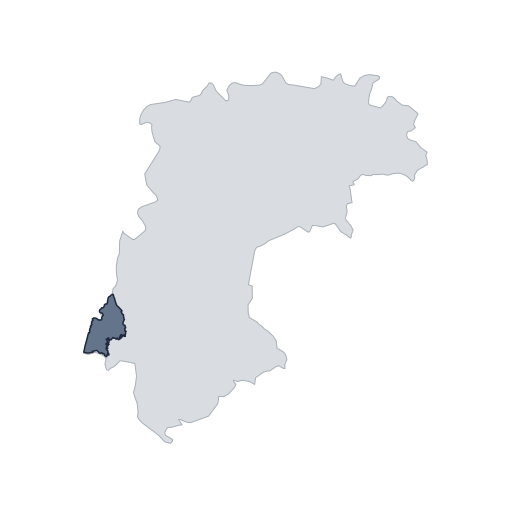 Koundara, Koundara, Guinea (highlighted), rotated 281°
{"feature_id": "49546643B96982587885478", "entity_name": "Koundara", "entity_type": "district", "adm_level": 2, "iso_a3": "GIN", "parent_name": "Guinea", "parent_adm1": "Koundara", "projection": "mercator", "projection_center": [-13.495, 12.338], "detail": "fine", "context": "in_parent", "style": "filled", "palette": "slate", "viewbox_px": 512, "rotation_deg": 281, "n_neighbors": 0, "source": "geoboundaries", "source_scale": "gbopen_adm2", "svg_char_len": 8478}
<svg xmlns="http://www.w3.org/2000/svg" viewBox="0 0 512 512"><g transform="rotate(281 256 256)"><path d="M314.8,337.0L310.7,336.5L308.8,337.3L303.3,343.8L299.9,346.4L294.8,345.5L292.9,346.0L291.5,345.3L293.4,341.7L296.1,334.6L302.9,327.4L303.0,325.9L300.3,321.7L297.3,316.0L297.3,309.9L296.8,305.5L290.7,304.2L289.6,303.5L289.5,302.0L292.9,294.4L293.1,292.8L292.7,291.4L289.0,287.5L283.2,280.3L273.3,265.4L269.6,262.3L266.1,257.8L264.7,254.9L261.0,253.8L226.4,254.0L225.8,257.9L213.8,260.5L206.5,257.5L198.3,259.3L194.3,261.3L191.3,269.9L189.5,271.8L187.8,275.7L186.2,277.8L184.4,282.1L180.5,288.2L176.4,292.1L169.5,294.3L167.3,300.7L165.7,303.0L163.0,304.9L160.2,306.1L154.5,304.9L151.3,306.0L150.8,304.4L152.6,299.4L151.2,296.7L145.7,291.4L145.2,288.9L143.5,285.6L136.4,278.8L129.7,279.2L131.5,273.6L131.4,266.0L129.2,261.9L129.8,257.6L128.5,257.9L126.3,260.8L122.7,259.9L115.4,255.4L111.7,251.0L111.3,247.3L110.5,245.9L108.2,246.6L103.6,246.6L89.7,239.9L79.8,223.3L79.6,219.5L81.0,213.1L80.7,211.3L76.1,215.6L75.2,212.7L71.8,206.0L70.7,202.2L67.4,200.5L64.7,200.2L62.7,201.4L59.9,209.3L57.9,209.2L55.8,207.6L56.2,201.7L61.6,194.4L70.6,175.9L73.8,171.7L75.8,170.2L80.0,170.1L88.3,167.6L98.5,161.8L106.3,162.3L115.4,161.6L127.4,157.6L127.5,145.2L127.1,142.4L122.9,139.9L120.4,137.8L118.3,135.0L115.7,133.1L115.8,131.0L121.1,128.3L126.0,128.4L127.6,127.3L128.8,125.6L130.2,121.1L130.6,116.3L127.4,110.0L127.6,105.5L145.2,106.1L154.8,107.4L162.7,107.7L164.0,108.7L162.9,113.1L163.9,115.7L166.6,116.4L171.0,113.4L173.3,114.0L178.2,117.8L182.8,118.9L187.8,120.9L192.5,122.1L196.7,121.9L199.9,124.0L205.7,124.7L213.3,122.0L219.3,120.8L227.6,120.5L232.0,121.4L244.7,119.3L254.7,120.5L253.2,122.0L248.6,131.9L249.1,133.7L259.3,142.1L261.7,142.7L264.5,141.6L268.9,137.7L272.3,133.5L275.7,131.4L279.5,131.6L282.6,134.5L289.9,147.0L291.7,148.6L293.4,148.5L296.6,146.2L298.2,143.5L304.9,135.2L315.3,131.1L340.0,140.6L343.6,141.3L345.7,140.6L348.8,135.0L358.1,130.2L362.6,128.9L365.1,128.8L366.1,127.2L366.5,125.0L366.0,122.6L363.2,118.4L363.1,117.1L364.7,116.3L368.3,115.7L372.8,116.1L378.0,117.9L382.2,120.6L384.6,123.7L389.2,136.9L394.4,147.3L394.2,161.1L396.5,162.5L399.1,163.1L400.2,164.2L402.8,169.9L405.1,171.5L408.0,171.9L413.3,175.6L416.8,177.0L417.2,178.1L417.1,179.6L415.8,181.5L410.6,185.3L408.1,188.6L402.8,196.4L402.7,197.9L403.8,198.9L406.0,199.1L408.3,198.6L413.1,195.7L416.9,196.7L420.6,198.9L421.9,201.2L422.2,204.1L421.4,208.0L421.3,212.3L422.5,219.5L424.4,226.8L426.3,229.5L438.5,235.9L439.7,238.3L440.3,241.0L439.4,244.7L438.2,246.7L431.5,252.4L430.5,255.1L431.0,260.2L431.4,281.5L434.1,285.0L437.2,286.9L444.5,285.9L444.3,291.8L443.3,298.4L447.6,300.4L449.8,302.4L451.0,304.3L444.2,307.8L442.2,309.9L441.3,315.4L441.6,320.5L450.6,324.1L454.1,328.4L455.7,332.8L456.2,341.2L455.4,343.1L453.1,343.1L448.5,338.0L441.4,337.5L436.2,336.5L427.5,337.1L426.0,338.7L425.0,349.8L427.1,351.6L431.3,353.7L434.0,354.6L436.3,354.4L438.0,355.7L438.4,359.4L437.2,362.0L434.9,364.5L432.0,370.9L432.6,376.8L427.7,386.1L426.3,388.0L419.8,386.1L415.5,385.5L412.5,387.9L408.2,384.2L407.4,381.4L405.9,380.8L403.0,380.8L400.4,382.4L399.3,385.3L398.7,391.3L393.9,397.0L390.6,404.1L386.7,403.4L385.8,404.3L381.7,406.1L378.2,406.7L377.2,404.8L375.2,403.2L372.9,400.2L370.3,397.8L365.3,396.1L363.3,396.9L360.9,396.7L359.4,395.7L359.6,394.2L362.2,390.5L363.7,387.2L364.5,383.4L364.5,379.9L363.1,374.9L360.9,371.0L360.3,368.7L360.6,365.4L360.0,362.4L359.3,360.8L358.3,355.1L356.9,354.0L356.2,349.4L356.4,344.7L354.5,342.9L351.4,341.6L349.6,339.7L348.5,337.7L347.4,337.1L346.5,337.2L345.6,338.5L344.6,338.8L342.8,334.3L342.1,334.2L340.8,335.2L326.7,340.1L324.9,335.9L322.2,335.1L317.6,336.8L314.8,337.0Z" fill="#d9dde1" stroke="#a8b0b8" stroke-width="1"/><path d="M176.6,134.9L177.3,134.1L177.9,133.2L178.8,132.0L179.8,130.6L180.8,128.8L182.4,127.8L183.8,127.0L185.8,125.9L187.3,125.3L188.6,124.3L190.9,123.2L191.1,122.7L190.9,122.5L190.2,121.7L189.8,121.0L189.5,120.8L188.6,120.4L187.8,119.3L187.1,119.0L186.4,118.9L185.0,118.9L182.7,118.9L182.5,119.0L181.5,119.1L180.5,118.8L180.3,118.4L180.2,117.5L179.7,117.0L179.6,116.8L179.4,116.7L179.1,116.5L178.8,116.5L178.1,116.7L177.5,116.5L176.2,115.9L175.8,115.4L175.8,114.6L175.6,114.3L174.4,113.9L174.1,113.7L173.8,113.2L173.3,112.9L173.0,112.9L172.7,112.8L172.4,112.8L171.4,113.1L171.0,113.5L170.7,114.0L170.5,115.9L170.1,116.4L169.0,117.2L168.9,117.3L167.1,116.6L166.3,116.4L165.7,116.4L165.1,116.5L164.5,116.6L163.9,116.4L163.7,116.1L163.4,115.6L163.3,115.0L163.3,114.3L163.1,113.5L163.2,113.3L163.7,112.8L164.0,111.8L164.4,111.0L164.5,110.6L164.4,110.1L164.2,109.0L164.2,108.5L163.7,108.2L163.2,107.4L162.9,107.4L162.5,107.9L161.9,108.2L161.2,107.7L160.8,107.6L159.9,107.2L159.7,107.3L159.3,107.6L158.9,107.4L157.9,107.4L157.5,107.6L157.2,108.0L156.5,107.5L155.9,107.3L155.8,107.0L155.6,106.9L155.2,106.9L154.6,107.4L154.3,107.4L153.8,107.1L152.9,106.8L152.3,106.9L151.6,106.7L151.4,106.7L151.2,107.0L150.7,107.2L149.6,107.3L149.1,107.1L149.0,106.7L148.8,106.5L148.6,106.6L148.4,106.8L148.2,106.6L148.2,106.3L145.9,106.1L142.6,105.9L142.1,106.0L141.8,105.9L135.8,105.4L128.8,105.3L128.7,105.4L128.6,107.1L128.6,109.6L129.2,111.2L130.4,114.0L130.5,114.3L130.8,114.4L131.0,114.3L131.1,114.2L131.1,114.3L131.3,114.3L131.5,114.5L132.1,115.7L132.1,115.8L132.2,116.0L132.3,116.3L132.7,117.0L132.9,117.4L132.8,117.6L132.8,117.8L132.7,118.0L132.6,118.3L132.5,118.5L132.4,118.7L132.3,118.9L132.1,119.2L132.0,119.4L131.9,119.5L131.6,119.9L131.6,120.0L131.4,120.1L131.2,120.2L131.1,120.3L131.0,120.5L130.9,120.6L130.9,120.8L130.8,121.0L130.8,121.3L130.8,121.5L130.9,121.9L130.9,122.0L131.0,122.1L131.1,122.3L131.3,122.5L131.5,122.7L131.5,122.8L131.6,123.0L131.6,123.3L131.4,123.4L131.4,123.5L131.2,123.5L131.0,123.8L130.9,123.8L130.8,124.0L130.8,124.3L130.9,124.5L131.0,124.7L131.0,124.8L131.1,125.0L131.0,125.3L130.9,125.5L130.7,125.7L130.6,125.8L130.4,125.8L130.2,125.9L130.1,126.0L129.9,126.1L129.7,126.3L129.6,126.5L129.4,126.6L129.2,126.8L129.1,127.3L129.0,127.7L128.9,128.0L128.8,128.3L128.7,128.4L128.7,128.6L129.6,128.7L130.3,128.5L130.8,128.7L131.3,129.0L131.3,129.5L130.7,130.0L130.7,130.4L131.2,130.4L131.8,130.2L132.3,129.9L132.7,129.4L132.9,128.9L133.5,128.8L133.9,128.9L134.5,128.7L135.0,128.5L135.2,128.1L135.4,127.4L135.7,126.9L136.1,126.6L136.5,126.9L136.7,127.4L136.9,127.9L137.2,128.1L137.5,127.9L137.5,127.1L137.5,126.8L137.7,126.5L137.9,126.5L138.3,126.6L138.8,126.8L139.0,127.2L139.2,127.5L139.8,127.9L140.2,127.8L140.5,127.9L140.9,128.2L141.4,128.5L141.6,128.2L141.6,127.9L141.4,127.6L141.1,127.4L140.6,127.2L140.2,127.0L140.2,126.5L140.5,125.8L140.8,125.5L141.2,125.5L141.5,125.8L141.8,126.4L142.1,127.0L142.4,127.4L142.8,127.8L143.2,128.0L143.3,127.7L143.2,127.1L143.1,126.7L143.2,126.4L143.7,126.1L144.3,126.2L144.9,126.1L145.2,125.7L145.5,125.1L145.8,124.9L146.1,125.5L146.0,126.0L145.7,126.4L145.5,126.8L145.7,127.0L146.2,127.0L146.5,126.5L146.7,126.2L147.3,126.4L147.5,126.7L147.2,127.2L146.9,127.4L146.5,127.5L145.9,127.5L145.5,127.6L144.9,127.8L144.6,128.1L145.1,128.3L145.7,128.5L146.0,128.7L146.1,129.4L146.1,129.7L146.6,130.1L147.2,130.3L147.7,130.5L148.3,130.8L148.6,131.0L148.6,131.6L148.2,131.9L148.3,132.2L148.4,132.8L148.4,133.4L148.2,133.7L147.7,134.4L147.9,134.9L148.1,135.3L148.8,135.3L149.0,135.9L148.5,136.2L148.2,136.4L147.7,136.8L147.8,137.3L148.3,137.7L148.4,138.1L149.4,137.9L149.2,138.3L149.6,138.9L150.1,139.6L150.4,139.8L151.5,139.9L152.0,139.4L152.1,138.9L151.3,138.9L150.8,139.1L150.8,138.3L150.9,137.9L151.1,137.8L151.9,138.0L152.2,138.2L152.7,138.3L153.0,138.5L153.2,138.9L153.0,139.4L152.6,139.8L152.4,140.4L152.3,140.7L152.2,141.2L153.1,141.3L153.6,141.5L153.6,141.8L153.4,142.1L152.9,142.0L152.4,142.0L152.0,142.1L152.0,142.5L152.3,143.0L152.8,142.9L153.4,142.6L154.2,142.6L154.5,142.8L155.2,142.8L155.7,142.6L156.1,142.6L156.9,142.6L157.3,142.8L157.5,142.4L157.2,142.2L157.4,141.6L157.8,141.3L158.7,141.4L159.3,141.2L159.8,141.0L160.1,141.3L160.5,141.7L161.2,141.6L161.4,141.4L161.5,141.0L162.1,140.8L162.6,140.8L162.9,140.6L162.9,140.2L162.9,139.9L163.1,139.7L163.2,139.4L163.4,138.9L163.7,138.6L164.0,138.4L164.4,138.3L164.7,138.3L165.5,138.2L165.7,138.3L166.1,138.3L166.8,138.4L167.4,138.6L168.0,138.7L168.6,138.9L169.2,138.4L169.8,138.1L170.7,137.9L171.1,137.5L171.7,137.4L172.3,137.3L173.0,137.1L173.3,136.6L173.5,135.9L173.9,135.6L174.2,135.2L174.6,135.0L175.0,134.9L175.3,134.4L175.7,134.3L175.8,134.7L176.5,134.9L176.6,134.9Z" fill="#64748b" stroke="#1e293b" stroke-width="1.5"/></g></svg>